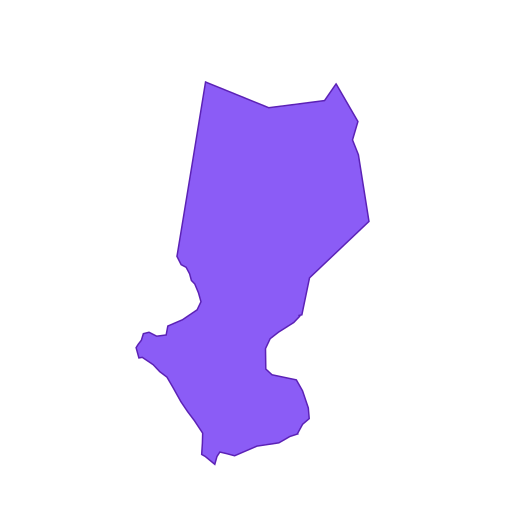 the district of Säffle, Värmland, Sweden, rotated 245°
{"feature_id": "70781695B34912889430401", "entity_name": "Säffle", "entity_type": "district", "adm_level": 2, "iso_a3": "SWE", "parent_name": "Sweden", "parent_adm1": "Värmland", "projection": "robinson", "projection_center": [12.854, 59.089], "detail": "fine", "context": "isolated", "style": "filled", "palette": "violet", "viewbox_px": 512, "rotation_deg": 245, "n_neighbors": 0, "source": "geoboundaries", "source_scale": "gbopen_adm2", "svg_char_len": 1018}
<svg xmlns="http://www.w3.org/2000/svg" viewBox="0 0 512 512"><g transform="rotate(245 256 256)"><path d="M77.1,218.7L77.6,218.7L83.8,227.1L86.0,235.0L86.1,235.5L96.2,239.2L114.2,241.2L126.7,240.2L131.4,233.9L141.6,220.3L149.4,217.1L168.1,225.5L175.1,233.9L177.5,244.4L179.8,262.2L182.9,270.1L183.9,270.0L183.3,272.7L213.6,295.3L239.6,373.0L304.5,391.6L320.4,392.5L334.8,405.2L377.5,401.4L378.1,401.3L377.1,399.5L367.9,383.8L385.0,330.2L435.0,283.8L364.4,235.7L307.3,196.7L290.8,185.4L289.1,184.2L279.8,184.5L275.3,187.9L267.9,188.3L261.1,187.1L256.6,188.7L246.9,188.3L237.8,186.8L232.1,179.9L229.3,162.4L229.8,146.5L222.4,141.2L225.3,132.1L232.1,126.8L233.2,121.1L228.1,116.5L225.8,112.0L223.6,108.6L213.1,106.8L212.2,110.1L200.9,116.9L191.8,119.9L183.9,124.1L172.0,125.2L155.5,126.4L143.6,128.3L132.8,130.6L118.0,132.8L109.0,128.3L99.1,122.9L95.9,125.2L84.6,130.6L90.8,135.9L93.6,140.4L89.1,146.1L84.0,152.2L83.3,176.5L77.0,197.8L78.1,210.4L77.1,218.7Z" fill="#8b5cf6" stroke="#5b21b6" stroke-width="1.5"/></g></svg>